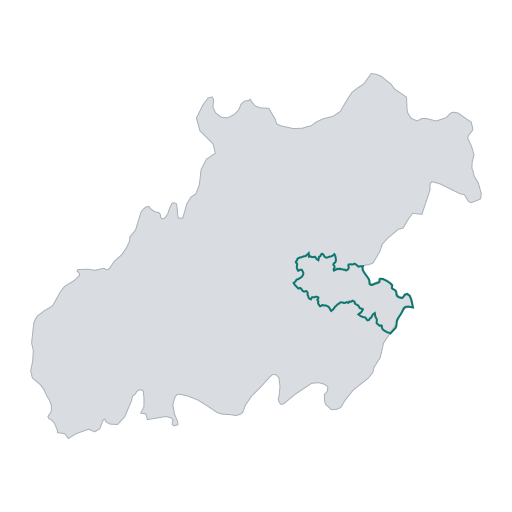 location of Raški within Republic of Serbia, rotated 270°
{"feature_id": "SRB-834", "entity_name": "Raški", "entity_type": "District", "adm_level": 1, "iso_a3": "SRB", "parent_name": "Republic of Serbia", "parent_adm1": "", "projection": "equal_earth", "projection_center": [20.586, 43.343], "detail": "fine", "context": "in_parent", "style": "outline", "palette": "teal", "viewbox_px": 512, "rotation_deg": 270, "n_neighbors": 0, "source": "natural_earth", "source_scale": "10m", "svg_char_len": 9208}
<svg xmlns="http://www.w3.org/2000/svg" viewBox="0 0 512 512"><g transform="rotate(270 256 256)"><path d="M294.0,182.8L308.3,186.9L314.8,190.9L318.3,196.0L327.5,199.4L342.4,201.1L352.8,206.4L358.7,215.3L368.1,213.1L381.2,199.9L394.1,196.5L406.9,202.8L413.9,208.0L415.1,212.1L412.1,213.7L405.0,212.9L399.2,215.5L394.8,221.3L394.1,227.5L397.4,234.0L401.9,238.6L407.8,241.1L411.0,244.5L411.4,248.9L412.9,250.1L409.7,252.1L406.1,255.1L404.1,260.4L403.7,268.8L392.4,275.4L388.1,276.6L386.2,280.9L383.4,293.3L383.8,302.6L385.4,307.3L386.2,311.2L389.9,316.0L393.3,323.3L395.6,332.9L400.6,340.3L413.3,347.7L419.6,351.9L424.4,358.1L428.0,363.7L438.5,371.2L437.7,376.5L435.5,381.7L433.2,384.2L428.0,390.9L423.0,394.6L414.8,406.5L401.6,407.1L398.5,408.0L393.5,411.3L391.1,417.2L393.5,421.9L393.4,426.8L391.0,436.1L394.3,446.1L399.0,450.7L399.8,453.4L399.0,458.1L392.2,467.6L390.1,471.1L383.1,472.9L380.8,472.0L377.1,468.7L373.8,467.7L365.5,471.6L357.0,474.0L350.4,472.2L343.8,471.9L339.2,473.5L335.8,474.2L329.1,478.3L318.3,481.3L313.3,480.7L311.4,476.8L309.4,471.2L310.3,468.7L317.4,464.3L318.2,460.1L328.1,440.0L330.0,433.5L330.0,431.4L327.4,430.0L322.0,430.0L297.7,421.9L298.7,412.5L291.6,407.5L283.9,403.1L282.6,398.1L274.1,388.0L267.8,382.3L259.9,379.5L253.0,375.4L248.9,372.9L247.1,368.2L247.1,365.4L245.0,362.7L241.7,363.0L236.1,366.7L229.2,369.9L228.0,372.3L230.5,377.8L232.3,381.4L231.5,384.7L229.3,389.0L216.1,398.4L214.6,401.7L217.1,407.0L215.5,409.5L204.4,413.0L204.7,410.1L204.0,405.4L197.7,400.5L188.7,396.6L168.8,383.5L161.2,381.8L154.4,380.2L144.6,374.0L139.6,372.9L134.0,368.4L121.9,353.2L111.6,345.0L104.6,340.8L102.7,336.8L102.3,332.6L102.5,331.2L107.9,325.3L112.0,324.5L117.3,324.3L120.7,327.3L125.3,327.9L127.9,324.1L129.3,318.6L128.7,311.6L117.8,295.3L108.4,283.9L107.4,281.4L109.4,279.3L112.7,278.2L116.2,279.1L125.4,280.0L134.3,278.9L137.3,276.1L137.4,272.4L134.2,269.0L123.9,259.7L115.9,251.5L106.4,245.2L99.4,242.7L97.4,239.5L96.5,236.1L97.4,229.9L97.9,221.9L99.6,216.9L106.0,207.5L112.1,197.6L115.9,188.0L117.9,179.1L117.2,176.6L114.1,174.7L107.4,172.8L98.2,174.4L90.3,177.7L87.2,177.9L86.2,173.9L87.5,172.2L89.9,172.4L92.0,173.1L94.1,171.3L95.5,166.0L92.4,147.4L98.2,145.8L98.4,143.0L98.9,140.7L104.9,143.9L113.5,144.0L120.9,143.3L122.1,141.5L122.0,138.8L120.5,136.8L117.8,135.1L115.9,132.5L110.9,131.4L95.2,124.7L87.5,117.6L87.9,110.1L90.1,106.0L92.9,104.5L92.1,103.2L83.2,99.7L80.2,94.8L82.8,88.6L78.3,76.0L73.5,68.3L78.3,64.9L79.0,60.2L79.4,57.5L81.4,57.5L89.1,54.3L91.9,51.7L93.5,48.7L95.4,47.9L100.5,51.2L105.9,51.5L112.0,49.4L116.5,46.5L122.0,44.2L124.5,42.5L127.7,39.9L134.1,32.3L141.3,30.7L151.0,32.7L161.4,33.3L169.2,31.6L189.0,33.8L193.2,35.6L196.0,37.5L201.1,44.1L206.1,52.5L213.0,56.4L221.3,61.1L225.5,64.5L231.8,74.6L236.7,79.6L238.3,79.4L240.0,78.1L241.1,77.0L242.4,78.0L242.5,81.1L242.8,87.9L241.7,95.2L243.4,102.1L243.5,104.3L242.2,106.2L242.4,108.0L244.1,109.9L250.9,114.4L257.1,121.5L264.3,126.5L270.9,129.6L275.1,129.8L282.1,135.6L295.7,139.7L300.0,141.1L303.0,143.5L305.2,146.2L305.4,149.1L303.3,150.5L300.4,154.5L299.2,159.3L297.0,160.5L294.8,160.6L293.2,162.0L293.6,164.1L295.4,166.0L298.3,167.8L303.7,169.6L309.1,172.2L309.1,174.3L308.0,176.6L301.2,177.4L296.1,177.8L293.8,178.7L294.0,182.8Z" fill="#d9dde1" stroke="#a8b0b8" stroke-width="1"/><path d="M245.8,362.9L244.5,362.5L242.2,362.7L240.1,363.7L233.1,368.7L231.2,369.4L228.3,369.5L227.5,370.0L227.0,371.5L227.2,372.8L228.3,375.0L229.0,377.5L229.5,378.6L230.0,379.4L230.8,379.6L231.8,379.5L232.7,379.5L233.3,380.2L233.0,383.1L231.1,386.9L228.7,390.4L226.9,392.2L225.8,392.2L224.8,391.9L223.8,391.9L223.0,392.7L222.2,394.5L221.7,395.2L221.0,395.9L219.3,396.4L217.7,396.4L216.2,396.9L214.7,398.8L213.9,402.0L215.3,403.5L217.3,404.7L218.2,407.2L216.2,409.8L211.9,411.5L204.5,413.0L205.4,408.5L205.2,405.6L203.8,403.8L198.3,401.1L193.6,397.9L191.1,396.8L186.3,396.4L184.2,395.7L178.6,390.4L179.0,390.0L179.1,389.7L179.2,389.4L179.4,388.2L179.9,386.8L180.1,386.5L180.6,385.9L180.9,385.0L181.3,384.5L181.9,383.6L182.3,383.0L182.7,382.7L184.2,382.0L184.5,381.9L184.9,381.8L186.0,381.9L186.4,381.7L186.6,381.4L186.6,380.9L186.6,380.6L186.2,379.9L186.2,379.6L186.3,379.4L186.6,379.0L187.3,378.5L187.7,377.9L188.6,376.8L188.7,376.7L189.1,376.6L190.1,376.7L191.1,376.8L192.2,376.8L192.9,376.7L193.3,376.5L194.0,376.1L194.8,375.7L195.7,375.3L198.9,374.8L198.4,374.1L197.8,373.1L197.6,372.9L196.6,372.4L195.9,371.9L194.6,371.4L194.4,371.2L194.2,371.0L193.9,370.3L193.7,370.0L193.3,369.7L192.3,369.2L192.1,369.1L192.0,368.8L191.7,367.6L191.8,367.3L192.1,367.0L194.1,365.7L194.6,365.2L194.7,364.9L194.7,363.8L194.8,363.5L195.1,362.6L195.4,361.9L195.7,361.2L196.0,360.5L197.6,358.4L198.6,359.5L198.9,360.0L199.2,360.7L199.4,360.9L199.9,361.2L200.6,361.9L200.7,362.0L201.5,362.2L202.2,362.8L202.6,362.8L202.9,362.8L203.0,362.7L203.5,361.0L203.6,360.2L203.8,359.9L205.0,359.1L206.0,358.6L206.4,358.2L206.7,357.9L207.0,357.1L207.5,356.5L207.9,355.6L208.0,355.4L208.4,355.1L208.8,354.8L209.0,354.7L209.9,354.7L210.1,354.6L210.4,354.4L210.5,354.3L210.6,354.1L210.6,353.7L211.0,353.0L211.3,352.7L211.3,352.4L211.1,352.1L210.7,351.7L210.3,351.1L210.2,350.9L210.2,350.5L210.4,349.8L210.5,349.3L209.6,348.9L209.2,348.5L209.1,348.2L209.2,347.8L209.8,347.1L209.9,346.8L209.9,346.6L209.9,346.4L209.8,346.1L209.2,345.4L209.1,344.7L209.0,344.1L209.0,343.8L209.3,343.3L209.4,342.9L209.7,341.6L209.7,341.0L209.7,340.7L209.6,340.4L209.3,340.0L208.8,339.5L208.4,339.1L208.2,338.4L208.0,338.1L206.8,336.7L205.9,335.9L205.3,335.0L205.0,334.7L204.1,334.4L202.9,333.3L202.2,332.8L201.7,332.0L201.1,331.3L201.0,331.2L201.4,330.8L202.8,330.1L204.4,329.2L204.9,328.8L205.4,328.2L205.7,327.5L206.5,326.0L206.6,325.5L206.5,324.9L206.5,324.2L206.7,323.2L206.8,323.1L207.0,322.9L207.1,322.7L207.0,322.3L206.6,321.9L206.2,321.3L205.7,320.3L205.7,320.1L205.8,319.9L206.0,319.7L206.5,319.4L207.4,318.9L208.4,318.2L208.6,318.1L209.0,318.0L209.3,318.0L210.0,318.3L210.3,318.4L210.6,318.3L211.3,318.0L211.8,317.4L212.0,317.3L212.5,317.4L213.3,318.1L213.7,318.4L214.0,318.4L214.4,318.4L214.6,318.3L214.8,318.1L214.9,317.9L215.2,317.1L215.3,316.2L215.3,315.9L214.9,314.8L214.7,314.3L214.7,313.4L214.8,312.5L214.8,312.2L214.5,311.8L214.3,311.7L212.7,310.9L212.9,310.6L213.3,309.4L213.7,308.9L214.1,308.7L214.7,308.5L216.0,308.2L216.8,307.7L217.2,307.5L217.6,307.5L218.6,307.7L218.8,307.7L219.6,307.4L220.0,307.2L220.6,306.8L220.9,306.4L221.0,306.2L220.8,305.4L220.4,304.5L220.3,304.2L220.4,303.9L220.8,303.4L221.0,302.8L221.3,302.4L221.5,302.2L222.4,301.9L223.7,300.7L224.0,300.4L224.0,299.9L224.0,299.7L223.4,298.8L223.4,298.6L223.4,298.4L223.6,298.2L224.4,297.5L225.0,296.8L225.9,296.1L226.6,295.2L229.0,293.6L230.4,295.3L230.9,295.7L232.0,296.3L232.4,296.7L232.6,297.0L232.7,297.3L232.6,297.8L232.7,298.2L232.8,298.4L233.6,299.2L233.9,299.9L235.2,301.8L235.5,302.1L236.2,302.4L237.2,303.1L237.9,303.3L239.0,303.3L239.6,303.2L241.4,302.2L242.0,301.9L242.2,301.7L242.3,301.4L242.2,300.6L242.2,299.8L242.0,299.4L241.4,298.8L241.3,298.6L241.2,298.4L241.3,298.2L241.4,297.9L241.6,297.8L242.8,297.4L243.9,296.9L244.5,296.8L245.5,296.8L246.5,297.0L248.1,297.2L248.5,297.0L249.0,296.3L249.3,296.1L249.8,295.8L250.1,295.8L250.4,295.9L250.7,296.1L251.2,296.8L251.4,297.0L251.9,297.1L253.2,297.4L253.3,297.6L253.5,297.8L253.6,298.0L253.6,298.5L254.1,299.0L254.5,299.6L254.6,300.8L255.0,302.2L255.1,302.6L255.5,303.1L255.6,303.4L255.7,304.0L255.8,305.0L255.8,305.3L255.9,305.6L256.2,305.9L256.9,306.5L257.5,307.4L258.8,308.7L257.3,308.8L256.8,309.2L256.1,309.1L255.7,308.8L255.2,308.9L255.2,309.0L255.2,309.3L255.5,309.8L255.6,310.0L255.6,310.3L255.6,310.6L255.5,310.8L255.0,311.6L254.9,311.9L254.9,312.5L254.9,313.1L255.0,313.7L255.3,314.6L255.3,314.8L255.1,315.1L254.3,315.6L252.8,316.8L252.6,317.1L251.8,318.4L253.7,318.8L254.6,318.8L255.0,318.9L255.2,319.1L255.3,319.3L255.6,320.0L255.8,320.3L256.2,320.5L257.1,320.8L258.0,321.6L258.2,321.8L258.3,322.0L258.2,322.4L257.0,323.6L256.8,323.7L255.7,324.3L255.1,324.8L254.8,325.4L254.5,325.9L254.4,326.4L254.4,326.7L254.4,327.3L254.5,327.6L255.0,328.3L255.2,328.8L255.4,329.9L255.5,330.4L255.5,331.0L255.6,331.3L256.0,331.9L256.3,332.6L256.5,332.8L257.8,334.4L255.7,335.4L255.4,335.4L254.7,335.5L253.5,335.8L251.8,335.9L250.9,335.8L250.3,335.5L249.8,335.3L249.4,335.0L249.1,334.4L248.9,334.2L248.1,333.5L247.9,333.4L247.7,333.3L247.3,333.3L247.1,333.4L246.3,334.1L246.1,334.3L245.5,334.5L244.4,334.6L244.1,334.5L243.8,334.3L243.1,333.7L242.7,333.6L242.1,333.7L241.4,334.0L241.9,334.9L242.3,336.0L243.1,337.0L243.3,337.7L243.1,338.1L242.8,338.5L242.8,338.8L242.8,339.0L243.3,339.7L243.4,339.9L243.3,340.2L242.9,340.9L242.9,341.2L242.7,342.2L242.3,343.8L242.3,344.1L242.4,344.6L242.4,344.8L242.2,345.1L241.5,345.8L241.5,346.0L242.0,346.9L242.3,347.5L242.5,347.9L244.1,348.7L244.4,348.8L244.8,348.8L245.1,348.7L245.8,348.4L246.2,348.3L246.5,348.3L247.5,348.6L247.6,349.9L247.8,351.0L247.7,351.3L247.5,351.7L247.5,352.1L247.7,353.2L247.8,353.5L248.2,354.2L248.3,354.3L248.3,354.5L248.2,354.9L247.9,355.4L247.7,355.7L247.1,356.3L246.8,356.6L246.6,357.2L246.4,357.4L245.7,357.9L245.4,358.5L245.4,359.0L245.7,359.9L245.8,360.1L245.8,360.4L245.7,361.5L245.8,362.3L245.8,362.9Z" fill="none" stroke="#0f766e" stroke-width="2"/></g></svg>